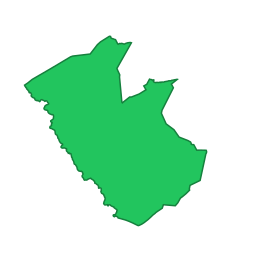 Haut-Sassandra, Haut-Sassandra, Ivory Coast (orthographic projection), rotated 329°
{"feature_id": "98640826B13622385448205", "entity_name": "Haut-Sassandra", "entity_type": "district", "adm_level": 2, "iso_a3": "CIV", "parent_name": "Ivory Coast", "parent_adm1": "Haut-Sassandra", "projection": "orthographic", "projection_center": [-6.803, 7.032], "detail": "fine", "context": "isolated", "style": "filled", "palette": "green", "viewbox_px": 256, "rotation_deg": 329, "n_neighbors": 0, "source": "geoboundaries", "source_scale": "gbopen_adm2", "svg_char_len": 5490}
<svg xmlns="http://www.w3.org/2000/svg" viewBox="0 0 256 256"><g transform="rotate(329 128 128)"><path d="M159.3,39.8L148.6,40.0L148.4,40.1L144.7,40.8L133.7,45.1L117.7,37.9L115.4,37.4L91.6,37.3L71.0,37.0L65.1,37.8L61.4,38.0L61.4,38.6L61.2,39.4L61.4,40.0L61.3,40.6L61.4,41.0L61.6,41.4L61.3,42.3L61.7,43.7L61.7,44.3L61.7,44.5L61.9,45.7L61.8,46.1L61.5,46.6L61.6,47.0L61.9,47.0L62.0,46.9L62.2,47.2L62.6,47.5L62.7,47.8L62.7,48.3L62.5,49.8L62.3,50.1L61.9,50.2L61.6,50.5L61.5,51.3L62.3,53.2L62.8,53.7L63.2,54.4L63.1,55.1L62.9,55.8L62.9,56.1L63.5,57.1L64.0,57.5L64.1,57.8L64.4,58.0L65.0,58.0L65.9,59.9L66.3,59.8L66.9,59.6L67.7,59.1L68.1,59.1L68.6,59.2L68.9,59.4L69.3,60.2L70.4,61.7L70.6,62.0L70.5,62.3L70.8,62.4L71.0,62.3L71.4,62.3L71.9,62.6L72.2,62.9L72.4,63.4L72.3,64.5L72.6,65.5L72.6,66.0L72.5,66.3L72.2,66.5L71.1,66.5L70.2,66.2L69.2,66.2L68.6,66.3L68.0,66.5L67.7,66.7L67.1,67.3L66.7,67.4L66.3,67.7L66.1,67.9L65.9,68.4L66.0,69.3L66.5,69.9L67.1,70.6L67.6,70.9L68.0,71.6L68.0,72.1L67.7,73.1L67.6,73.7L67.7,74.3L68.1,75.4L68.7,76.2L68.9,76.3L69.2,77.0L69.9,77.6L70.4,77.7L70.6,77.9L70.5,78.4L70.5,79.1L70.2,79.8L69.6,80.4L69.4,80.9L68.8,81.6L68.4,81.7L68.1,81.8L66.9,81.9L66.2,82.0L65.7,82.0L65.4,82.1L65.1,82.7L65.2,83.2L65.3,83.7L65.6,83.8L65.8,84.1L65.6,84.6L64.6,85.0L64.0,85.8L63.9,86.1L63.7,86.5L62.7,86.6L62.2,86.5L61.7,86.8L61.2,87.4L61.1,87.8L61.2,88.2L62.3,89.2L62.6,89.8L63.5,91.4L63.9,92.0L63.9,92.4L63.8,93.2L63.4,94.0L62.7,95.7L62.9,96.6L63.2,97.1L63.4,97.4L63.4,98.1L63.2,99.1L63.0,99.9L62.7,100.4L62.9,101.9L62.5,103.3L62.4,104.5L62.5,106.0L63.2,107.4L63.5,107.7L63.6,108.0L63.3,108.8L62.7,108.8L62.0,109.0L60.9,109.6L60.7,110.0L60.9,110.8L61.3,111.3L62.0,111.8L62.3,111.9L62.9,112.0L63.1,112.1L64.1,113.6L64.5,113.9L64.6,114.3L64.5,114.6L64.3,114.8L63.9,115.0L63.7,115.4L63.5,115.9L63.5,116.2L63.8,117.5L63.9,117.8L63.9,118.5L63.8,119.0L64.1,119.1L64.5,118.9L64.7,119.0L64.9,119.4L64.8,120.1L65.1,120.2L65.5,120.3L65.7,120.5L65.8,120.9L65.8,121.1L65.5,121.6L64.9,123.5L64.7,123.7L64.7,124.0L64.8,124.9L64.2,126.3L64.3,127.8L64.2,128.6L63.9,129.8L63.6,130.3L63.4,131.3L63.7,131.8L63.9,132.1L64.1,132.5L64.1,134.4L64.0,135.6L63.8,136.1L63.5,136.7L63.3,137.7L63.6,139.1L63.8,139.6L64.1,139.9L65.1,140.8L65.6,140.9L65.8,141.1L65.9,141.5L66.1,141.7L66.2,141.9L66.2,142.5L65.9,142.9L65.9,143.7L65.9,144.0L65.6,144.5L65.1,144.8L64.2,145.2L63.8,145.8L63.6,146.4L63.7,146.8L63.9,147.2L63.8,148.2L63.9,148.7L63.7,149.3L63.7,149.9L63.8,150.2L64.1,150.5L64.6,150.6L65.2,150.9L65.5,151.2L66.1,151.4L67.2,151.4L67.5,151.2L68.2,151.4L68.5,151.4L68.8,151.5L69.4,151.7L70.0,151.7L70.1,151.8L70.1,152.2L70.5,152.4L70.5,152.6L70.4,152.8L70.5,153.1L71.4,154.7L71.4,154.8L71.4,155.5L71.8,156.1L71.7,157.1L71.2,158.1L71.2,158.4L71.6,158.7L71.7,158.9L72.1,159.7L72.2,160.4L72.6,160.9L72.8,161.3L72.7,162.0L72.6,162.5L72.6,163.3L71.9,164.1L71.9,164.3L71.9,164.5L73.3,165.0L73.8,165.6L73.9,166.0L73.8,166.4L73.4,166.8L73.0,167.7L72.6,168.0L72.0,168.6L72.0,169.1L71.8,169.6L71.8,170.0L71.8,170.3L72.0,170.7L72.5,171.5L72.8,172.5L72.6,173.8L72.6,174.2L72.3,175.2L72.5,175.5L72.3,176.3L71.9,176.9L71.1,177.8L69.7,178.7L68.5,179.9L68.3,180.1L68.2,180.7L68.3,181.5L68.4,181.8L68.6,182.1L69.2,182.4L69.7,182.6L70.0,182.8L70.9,183.1L71.0,183.2L71.1,183.4L70.7,184.1L70.7,184.4L70.8,184.5L71.0,184.5L71.7,183.9L72.4,184.1L73.1,184.7L73.2,184.9L73.1,185.3L73.7,186.4L74.1,187.1L74.6,187.7L75.2,188.5L75.0,189.0L75.9,191.3L76.3,192.0L76.3,192.5L76.2,193.1L75.5,193.5L75.0,194.3L74.8,194.4L74.4,194.5L74.2,194.6L73.8,195.1L73.4,195.3L72.6,195.6L71.7,195.3L71.2,195.1L70.7,195.0L70.1,195.6L70.2,196.4L70.4,196.8L70.7,197.1L70.9,197.1L71.1,197.0L71.6,197.1L72.0,197.0L72.4,197.5L72.8,197.9L73.3,199.2L73.3,199.7L73.2,200.0L78.4,205.5L80.7,208.4L82.9,211.5L86.2,216.6L86.6,217.0L87.2,217.2L90.3,217.5L93.2,217.4L98.1,216.8L101.6,216.1L104.6,215.4L107.3,215.1L108.3,214.8L111.6,214.6L112.1,214.6L116.0,214.4L118.8,212.0L128.5,219.0L132.1,217.8L136.7,215.2L137.2,215.0L137.5,215.1L138.1,214.9L138.3,215.0L139.3,214.9L143.8,214.2L148.8,213.0L149.1,211.9L151.6,209.1L162.8,210.1L181.4,190.3L182.6,189.6L182.8,189.2L183.4,188.4L183.4,188.1L183.4,187.8L183.4,187.5L183.5,187.4L183.3,187.2L178.7,184.3L175.5,182.4L175.8,176.3L175.6,176.0L174.3,175.1L173.9,174.6L173.9,174.4L174.2,173.8L174.3,173.5L174.3,173.0L174.4,172.2L172.9,169.6L167.1,162.1L166.5,153.1L162.8,144.1L164.2,132.6L166.3,130.3L187.6,116.9L187.8,112.7L195.3,111.7L195.1,111.5L194.0,111.2L193.5,110.9L191.4,110.2L190.6,109.9L190.0,109.6L189.4,109.7L189.1,109.6L187.2,108.5L186.1,108.3L184.6,107.7L183.3,107.2L182.1,107.0L181.9,106.9L181.4,106.5L181.1,106.3L180.8,106.1L180.3,105.9L179.6,106.0L179.2,105.2L178.4,105.1L178.1,104.9L177.3,104.6L176.4,103.8L175.6,103.5L175.0,103.3L174.9,103.1L174.7,103.0L174.3,102.5L173.9,101.9L173.8,101.6L173.8,101.0L174.0,100.8L174.9,100.3L174.9,100.1L174.7,99.9L174.1,99.6L173.5,99.5L173.0,98.5L172.4,98.1L171.6,97.2L166.6,100.2L163.2,100.1L163.1,104.5L155.1,104.6L146.8,103.2L145.4,102.3L136.1,103.5L136.1,102.6L147.0,79.9L148.3,78.2L148.8,73.6L149.2,71.2L174.8,56.7L174.4,56.2L173.7,55.7L172.3,55.1L171.6,54.8L170.1,54.4L168.9,54.2L168.7,54.3L168.0,54.2L167.6,53.8L166.8,52.8L166.0,52.1L165.5,52.1L165.2,52.0L164.7,51.4L164.3,51.2L163.3,51.2L162.7,51.1L162.6,50.7L162.5,50.0L162.6,49.4L162.5,48.9L162.7,48.1L162.7,47.2L162.8,45.8L162.5,45.5L162.0,45.1L161.7,44.5L160.3,42.9L160.0,42.5L159.8,41.9L159.8,41.7L160.0,41.5L160.2,40.5L159.7,40.1L159.4,39.9L159.3,39.8Z" fill="#22c55e" stroke="#15803d" stroke-width="1.5"/></g></svg>